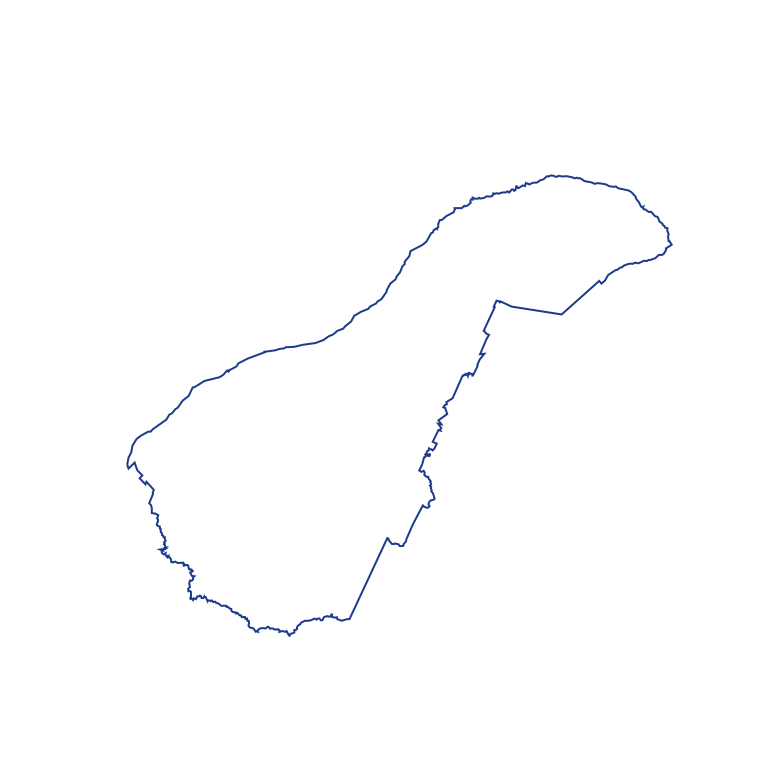 outline of South Taranaki District, Taranaki, New Zealand, rotated 115°
{"feature_id": "76426892B20989652719934", "entity_name": "South Taranaki District", "entity_type": "district", "adm_level": 2, "iso_a3": "NZL", "parent_name": "New Zealand", "parent_adm1": "Taranaki", "projection": "albers", "projection_center": [174.317, -39.522], "detail": "fine", "context": "isolated", "style": "outline", "palette": "blue", "viewbox_px": 768, "rotation_deg": 115, "n_neighbors": 0, "source": "geoboundaries", "source_scale": "gbopen_adm2", "svg_char_len": 6166}
<svg xmlns="http://www.w3.org/2000/svg" viewBox="0 0 768 768"><g transform="rotate(115 384 384)"><path d="M136.2,182.1L133.9,185.5L134.3,186.4L129.9,189.1L128.1,189.2L125.1,192.3L123.0,192.9L123.4,195.4L122.2,196.8L122.1,198.6L121.0,199.4L120.3,203.0L117.0,206.5L117.3,209.6L115.0,214.8L116.2,216.5L115.4,221.2L115.9,222.5L114.7,224.0L113.8,224.0L114.8,224.8L114.5,226.2L111.7,229.5L109.7,233.5L107.8,235.3L105.5,241.1L105.3,244.3L107.6,254.5L107.0,257.4L108.3,259.3L109.6,263.7L109.2,266.7L110.6,272.2L111.8,275.5L113.6,277.8L113.6,281.2L115.3,287.7L114.6,293.4L115.6,295.0L115.4,296.2L117.2,298.4L117.0,300.0L118.3,305.8L120.7,310.5L121.3,313.3L123.6,315.5L123.7,318.8L124.5,320.9L126.4,322.6L126.8,324.1L131.1,326.0L133.2,328.4L136.8,330.5L138.7,334.1L141.8,336.7L141.5,338.4L142.1,339.4L141.9,340.3L145.0,339.9L145.4,342.1L149.5,344.8L149.8,345.7L148.7,347.1L149.0,347.7L152.8,346.8L153.9,347.7L153.1,349.0L153.7,350.4L157.6,351.5L157.2,353.4L159.0,354.8L160.5,357.8L163.0,360.5L163.6,362.8L165.1,364.1L165.0,365.5L167.9,365.3L169.3,367.1L170.6,370.4L172.8,371.7L175.1,374.8L175.1,376.5L175.9,376.6L177.6,379.7L177.6,382.4L179.4,381.5L179.8,383.1L181.7,383.1L183.1,382.0L186.9,383.7L188.8,385.7L188.6,386.6L191.7,387.8L194.8,394.3L195.6,393.6L199.0,393.5L205.5,398.5L210.6,400.7L211.9,402.7L216.0,402.5L219.2,401.1L220.7,402.1L221.2,401.7L221.2,402.5L223.5,404.0L225.9,403.7L227.4,405.0L236.9,405.7L241.8,408.0L252.3,416.1L257.6,415.1L264.3,416.9L266.5,415.9L269.5,417.0L276.1,416.7L281.0,417.9L284.3,417.8L290.3,420.7L297.7,421.2L299.1,420.6L308.2,422.2L312.3,424.9L314.4,425.2L319.4,429.2L322.7,430.1L328.2,435.3L334.8,439.8L341.5,440.3L347.8,443.5L351.1,444.4L355.6,448.8L360.4,450.9L364.3,454.4L369.7,457.4L375.9,463.5L382.8,474.2L388.3,481.1L392.1,488.4L394.2,489.9L396.1,493.2L399.5,496.9L404.6,504.8L405.5,505.3L405.3,506.1L406.3,506.2L418.6,518.3L426.5,524.5L430.7,525.3L436.5,529.7L437.9,530.0L437.2,530.5L438.5,531.3L438.3,532.0L443.8,533.6L447.5,536.1L457.1,548.0L466.8,554.3L468.0,555.9L477.4,556.0L484.1,559.4L492.6,560.9L495.1,562.5L500.0,563.7L502.6,565.6L508.3,566.2L522.8,574.5L525.8,575.3L526.8,577.5L533.3,582.3L538.4,585.0L546.2,585.9L552.7,584.2L558.6,584.4L564.4,583.0L566.5,581.9L568.6,579.8L560.6,576.8L566.5,571.1L569.0,564.4L572.8,565.6L575.7,557.8L573.0,558.0L577.2,547.9L580.4,547.6L581.1,546.9L591.3,546.4L592.3,543.9L594.6,542.0L599.1,539.9L598.1,536.4L598.3,533.2L601.8,532.8L602.3,531.6L603.9,530.8L607.4,530.7L608.2,529.2L607.9,526.9L609.9,525.9L609.8,525.1L612.6,523.7L612.9,522.4L614.7,521.4L614.8,520.0L616.0,519.1L615.5,517.9L617.1,517.2L618.3,515.6L620.5,516.5L621.3,515.3L622.3,515.6L622.5,514.5L624.3,513.3L624.0,512.4L625.0,513.1L625.1,512.5L625.8,513.6L626.3,512.8L627.2,514.5L628.0,513.9L627.7,515.7L628.7,517.1L628.6,514.6L630.2,514.6L631.1,513.5L631.5,511.7L629.7,510.4L631.0,510.1L632.0,508.6L631.1,507.4L632.1,507.7L632.8,506.9L631.5,505.4L633.0,503.0L635.0,501.7L634.6,501.4L635.1,500.2L633.3,498.4L633.4,495.3L630.8,490.4L633.3,488.7L632.8,488.0L631.9,488.2L632.1,487.4L631.1,485.5L631.4,484.7L634.0,482.8L633.7,482.1L634.3,481.4L633.7,480.6L634.7,479.5L633.9,479.3L634.4,478.3L637.0,479.9L639.1,476.9L638.4,474.7L639.9,475.4L641.8,474.4L643.5,475.1L644.1,476.7L647.0,476.3L650.0,474.1L652.3,474.9L654.5,473.7L653.6,472.1L654.0,471.1L658.4,469.0L660.0,469.1L660.5,468.3L659.8,467.6L660.6,465.8L658.6,465.8L658.5,463.5L655.3,463.4L655.1,462.3L653.5,461.4L653.6,460.4L655.1,458.8L654.4,457.4L652.4,457.1L653.0,456.4L652.5,455.6L655.4,452.1L654.5,452.2L653.8,450.1L654.1,449.4L652.9,448.5L653.8,446.6L652.6,445.0L653.3,443.5L652.9,441.1L653.8,437.7L651.6,433.2L652.5,432.6L652.0,431.0L652.7,429.1L652.4,427.4L653.9,426.5L654.6,425.0L653.6,421.4L654.5,421.2L653.5,419.8L654.7,417.3L654.1,415.7L655.4,414.4L653.9,411.4L655.2,410.6L655.4,409.9L654.5,409.0L656.3,407.7L655.9,406.5L657.2,405.4L660.5,404.6L661.4,402.4L660.6,399.5L662.7,395.4L661.9,395.1L661.8,393.6L661.0,394.4L658.5,393.5L656.6,391.2L655.6,388.0L653.1,386.8L653.2,384.8L653.9,384.1L652.5,381.5L652.9,379.6L651.9,378.3L652.0,377.2L651.0,376.4L651.3,374.8L652.9,374.1L650.9,371.8L650.2,368.4L649.1,367.8L652.0,364.0L652.0,363.1L650.3,363.4L647.2,360.2L644.9,361.3L644.4,360.2L642.9,359.3L641.0,360.1L639.0,359.7L637.2,358.4L635.5,358.4L631.7,355.3L631.1,353.3L628.8,350.1L626.1,348.0L625.9,345.4L625.0,345.4L623.8,343.4L624.9,341.2L624.0,339.9L620.6,339.9L618.2,337.1L618.4,336.1L617.0,334.0L615.0,334.2L614.9,333.6L617.2,333.1L616.4,329.5L615.3,328.2L616.9,326.8L616.4,322.2L612.8,318.2L611.7,315.9L522.3,315.9L522.4,314.4L523.5,313.9L525.6,309.4L525.0,307.3L524.0,306.9L523.1,303.0L524.1,301.6L524.0,300.5L522.5,298.1L520.7,298.5L517.2,297.5L515.7,298.1L499.6,298.5L477.6,297.5L478.2,296.1L478.1,292.7L477.0,291.6L475.4,291.1L474.4,292.7L472.3,293.2L470.0,292.7L468.2,290.4L466.6,289.6L462.2,293.6L461.2,295.9L460.1,295.9L458.5,297.6L457.5,297.7L456.8,299.4L455.0,298.8L453.3,300.7L452.5,300.5L450.4,304.3L449.5,304.7L450.1,306.4L449.4,309.0L447.0,309.7L445.9,311.4L447.8,312.9L447.5,315.5L440.2,315.5L433.5,316.7L432.8,315.8L431.1,316.0L430.2,312.5L429.2,312.3L428.4,312.6L428.4,313.3L429.8,314.5L430.1,316.7L428.6,316.1L426.9,316.5L425.5,315.6L423.3,316.0L423.7,314.6L423.1,313.3L423.6,311.8L421.2,311.0L415.8,311.0L415.8,315.4L402.8,315.2L402.4,313.1L401.7,314.0L399.8,313.4L397.1,318.2L396.3,315.0L393.9,319.3L384.5,314.0L379.9,318.4L380.1,320.4L377.2,319.9L375.8,318.5L374.1,319.8L367.9,315.8L343.5,316.3L343.0,315.5L342.3,315.7L341.3,314.0L340.5,314.3L340.5,312.5L341.2,311.6L339.9,312.1L339.6,311.5L339.0,312.5L337.8,311.3L338.2,310.5L337.5,308.0L339.0,307.5L338.8,307.0L328.2,306.7L327.4,307.5L321.2,307.6L314.2,305.8L316.4,309.5L300.3,310.1L295.1,309.6L295.0,313.3L293.7,314.9L293.7,316.1L267.6,316.1L267.6,317.2L260.9,317.2L260.5,315.1L261.0,313.5L259.9,313.4L259.9,301.0L245.9,252.4L199.6,232.5L201.1,229.3L196.7,227.4L190.5,226.9L183.1,222.4L182.0,220.9L178.7,219.1L177.7,217.6L175.6,216.9L172.8,214.2L170.7,211.5L170.0,209.4L167.9,207.6L167.2,204.6L162.5,200.5L161.5,197.8L159.7,196.6L159.5,195.6L155.4,191.3L150.9,189.5L149.4,186.4L147.5,185.4L143.0,185.0L142.0,185.8L136.2,182.1Z" fill="none" stroke="#1e3a8a" stroke-width="2"/></g></svg>